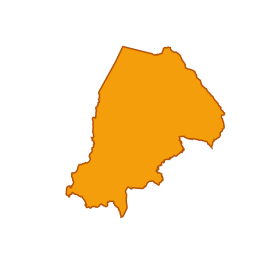 Rumphi, Rumphi, Malawi (Robinson projection), rotated 326°
{"feature_id": "42251766B19667920055188", "entity_name": "Rumphi", "entity_type": "district", "adm_level": 2, "iso_a3": "MWI", "parent_name": "Malawi", "parent_adm1": "Rumphi", "projection": "robinson", "projection_center": [33.745, -10.79], "detail": "fine", "context": "isolated", "style": "filled", "palette": "amber", "viewbox_px": 256, "rotation_deg": 326, "n_neighbors": 0, "source": "geoboundaries", "source_scale": "gbopen_adm2", "svg_char_len": 5893}
<svg xmlns="http://www.w3.org/2000/svg" viewBox="0 0 256 256"><g transform="rotate(326 128 128)"><path d="M123.8,82.0L123.4,82.9L123.0,83.1L123.1,84.1L122.2,85.6L121.4,86.4L121.0,87.3L119.6,87.6L119.3,89.6L118.9,90.4L118.7,90.2L118.3,90.4L117.4,90.2L117.0,91.1L116.4,91.5L116.0,92.2L114.8,92.6L114.3,93.0L113.5,92.8L112.6,93.3L112.2,93.9L112.4,94.6L111.4,95.5L111.2,96.6L110.6,96.8L110.2,97.2L109.7,97.8L109.4,98.5L107.6,100.4L107.2,101.3L106.4,101.6L105.9,100.4L105.1,99.7L104.6,99.8L103.5,100.6L103.3,101.1L103.3,101.9L102.1,104.1L101.4,105.1L100.8,105.5L100.1,107.2L96.4,111.9L96.2,113.5L95.1,115.1L95.0,115.8L93.2,116.6L92.7,115.7L92.4,115.5L92.3,116.3L92.5,117.1L91.4,118.1L91.5,118.6L92.3,119.5L91.5,121.2L91.4,122.4L91.2,122.5L90.3,122.2L89.2,124.1L88.6,124.6L87.5,124.3L86.9,124.5L86.5,125.0L85.2,127.5L81.5,128.4L81.0,129.2L80.3,129.4L79.8,130.6L79.7,132.3L79.1,133.1L76.8,134.3L74.6,134.1L74.1,133.8L73.5,133.0L71.9,133.0L70.9,132.4L68.9,132.3L68.1,131.5L67.0,131.1L65.5,131.8L62.4,134.6L60.2,135.4L59.4,135.4L57.7,135.0L56.6,134.0L56.2,134.0L54.1,136.9L53.9,139.3L53.0,140.1L52.9,141.9L51.9,143.4L50.2,144.2L49.0,144.4L48.2,145.6L47.7,145.9L47.4,145.7L47.0,145.2L47.0,144.7L47.5,143.7L46.9,143.3L46.1,143.0L45.2,142.9L43.6,143.4L39.7,148.5L39.6,149.2L40.6,150.4L40.5,151.5L40.6,152.2L41.4,152.0L42.6,150.6L43.2,150.7L44.3,151.4L44.7,151.2L45.3,150.4L45.8,150.3L46.5,151.8L46.7,153.0L48.4,154.5L49.3,156.0L49.5,157.2L50.0,157.8L50.3,158.5L51.2,158.7L51.6,159.0L51.3,160.4L51.5,164.2L51.0,166.2L50.8,168.3L50.7,168.5L50.2,168.5L49.7,167.7L49.5,167.8L49.3,168.2L49.5,169.4L49.2,170.6L49.5,171.0L51.2,171.4L51.5,171.9L51.7,173.2L52.6,173.4L54.2,173.2L55.1,173.5L56.4,174.4L57.4,175.9L58.5,176.5L60.1,176.6L62.3,175.9L63.1,176.1L63.6,176.6L64.4,178.9L65.2,179.8L65.5,180.7L66.1,181.0L67.2,181.0L67.8,180.7L69.4,178.2L69.8,178.0L70.6,178.6L71.3,178.2L72.0,178.4L73.0,179.4L74.6,180.3L74.9,181.2L74.0,182.6L74.3,183.5L73.9,184.6L74.4,185.7L74.2,186.6L75.0,187.8L75.0,188.5L75.4,189.5L74.8,190.0L74.5,191.2L74.5,192.8L74.3,193.8L73.5,194.8L73.2,196.7L72.3,198.1L74.0,198.4L74.7,198.3L76.8,197.2L78.4,196.1L82.4,193.9L83.0,193.0L85.8,187.3L89.4,182.7L89.7,182.0L89.9,180.4L90.5,179.0L91.2,178.4L94.5,177.0L95.2,177.1L95.5,177.4L96.2,179.6L96.7,180.4L97.4,180.5L98.0,179.9L106.2,186.3L107.5,186.5L108.3,186.2L108.8,185.7L109.2,185.8L109.6,186.3L110.0,186.2L113.3,184.4L116.0,184.1L116.8,184.8L118.5,185.4L119.1,186.0L119.5,188.4L120.4,189.8L121.5,192.5L122.4,192.2L123.0,191.7L123.3,191.1L125.5,191.2L125.8,191.0L126.1,191.0L126.7,190.4L127.3,190.8L127.8,190.8L127.9,190.7L128.2,189.8L128.7,189.2L128.9,188.2L129.2,188.0L129.2,187.3L128.9,187.1L129.1,186.7L129.8,185.7L129.8,185.3L130.1,185.0L129.7,184.7L129.7,184.2L129.6,183.6L129.0,183.2L128.5,182.1L128.2,181.9L127.9,182.0L127.5,181.6L127.6,180.5L127.9,180.3L127.9,180.1L127.3,179.9L127.3,179.7L127.6,179.2L128.2,179.3L128.6,179.1L128.6,178.9L129.4,179.3L129.5,179.5L130.3,179.3L130.8,178.5L130.2,178.6L130.0,177.8L130.8,177.5L130.5,177.3L131.3,176.6L133.8,176.7L134.1,177.0L134.1,177.4L134.3,177.4L134.6,177.0L134.9,177.1L135.1,176.8L135.3,177.1L135.7,176.1L137.1,175.5L137.3,175.8L137.6,175.8L137.9,176.5L138.4,176.7L139.2,176.2L139.4,175.9L139.1,175.7L139.4,175.6L139.8,175.0L140.2,175.1L140.3,174.8L141.7,175.4L142.5,175.3L143.4,176.4L144.0,176.6L144.1,176.2L144.2,176.6L144.7,176.5L145.0,177.1L145.3,176.7L145.7,177.0L145.9,177.0L146.0,176.3L146.3,176.5L146.6,176.3L147.1,176.8L149.0,177.0L151.0,176.5L151.5,177.6L152.6,178.4L154.3,177.9L156.2,177.9L157.9,177.6L158.6,177.9L158.7,177.7L158.9,178.1L159.2,177.7L159.5,178.2L160.1,178.1L160.6,177.3L160.8,177.5L160.7,177.7L161.2,177.6L161.3,176.9L161.8,177.4L162.3,177.4L162.8,176.5L162.3,174.9L162.9,174.5L162.6,173.1L163.0,171.9L163.1,171.1L163.4,170.5L164.3,170.5L164.3,170.4L164.0,170.2L164.4,169.4L163.9,169.1L164.5,168.8L164.3,168.5L164.3,167.5L164.0,167.1L163.9,167.1L164.0,166.8L163.9,166.7L164.9,166.2L165.2,164.9L166.0,163.2L165.9,163.6L166.2,164.0L167.1,164.7L168.2,165.2L168.7,165.7L169.5,166.0L169.9,166.4L169.9,167.1L170.8,168.8L171.4,169.9L172.0,170.2L172.3,170.9L173.1,171.6L173.5,171.5L173.8,172.4L174.7,172.5L174.8,173.1L175.1,173.6L176.4,173.4L177.0,174.2L179.0,176.1L179.5,177.2L181.2,178.6L182.0,179.0L183.0,180.4L183.8,181.1L184.5,182.3L185.1,182.6L185.3,183.1L185.9,183.7L185.9,184.0L185.3,186.3L185.4,186.5L185.9,186.5L186.4,191.2L187.2,189.8L188.9,188.9L190.0,187.5L190.9,187.0L192.2,186.8L192.7,186.4L192.9,185.8L193.3,185.9L194.1,186.6L195.4,186.5L196.3,186.2L196.9,186.6L198.7,186.5L200.4,185.7L201.3,183.9L202.0,183.3L203.0,183.2L204.1,183.3L205.1,182.5L205.5,181.8L207.0,182.0L207.9,181.4L208.4,180.7L208.6,179.8L209.1,179.5L210.0,177.3L211.3,173.2L211.2,171.9L212.0,170.4L212.8,169.8L214.3,170.6L215.4,170.8L216.3,169.6L215.9,167.8L216.1,167.3L215.6,165.6L215.6,164.7L215.7,163.8L216.4,162.9L215.9,162.4L216.3,161.8L215.7,159.7L216.1,159.2L216.3,157.6L215.9,156.6L216.0,155.0L215.6,154.0L215.6,152.9L215.4,152.1L215.7,150.9L215.9,149.0L215.0,147.5L215.3,146.7L215.0,145.6L215.1,145.0L214.5,142.5L214.6,141.6L214.5,140.4L214.8,139.1L214.4,138.7L213.7,136.7L213.8,136.0L213.0,135.0L213.3,134.4L213.2,132.4L213.8,131.6L213.8,130.7L214.3,129.8L214.5,129.1L214.4,128.3L213.7,127.1L213.8,126.4L213.2,125.2L213.1,124.4L213.3,124.0L213.8,123.7L214.4,122.2L214.3,120.5L214.7,119.2L214.5,118.8L214.9,118.5L214.4,117.8L214.2,116.8L211.7,113.4L210.7,112.7L209.5,110.3L209.7,109.2L210.9,107.4L211.0,105.1L210.7,103.6L211.1,102.3L210.7,101.5L211.4,99.7L211.4,98.5L211.8,96.9L211.1,93.9L210.2,91.8L209.4,91.7L209.2,91.3L208.4,90.7L207.3,88.3L207.3,86.7L208.0,85.0L206.7,83.7L205.9,83.3L205.2,83.3L204.4,82.5L203.9,82.4L203.2,81.8L201.6,82.1L201.0,82.9L197.6,85.2L196.3,84.4L194.6,84.3L193.8,83.5L193.4,83.8L193.0,83.7L192.6,83.2L191.0,82.5L190.3,81.8L189.2,79.5L187.1,77.4L169.3,57.6L154.1,66.5L123.8,82.0Z" fill="#f59e0b" stroke="#b45309" stroke-width="1.5"/></g></svg>